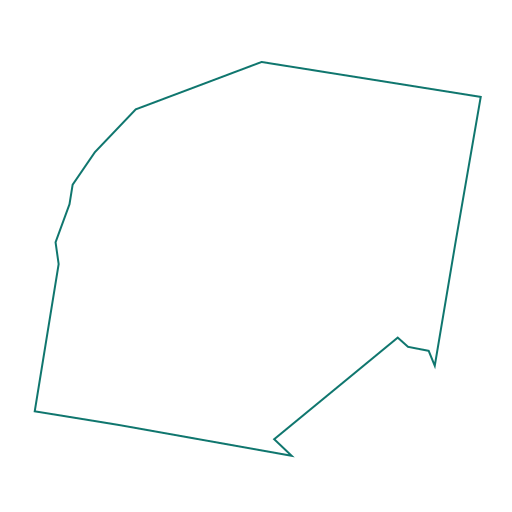 outline of Madison, Tennessee, United States of America, rotated 188°
{"feature_id": "52423323B23237187605689", "entity_name": "Madison", "entity_type": "district", "adm_level": 2, "iso_a3": "USA", "parent_name": "United States of America", "parent_adm1": "Tennessee", "projection": "natural_earth1", "projection_center": [-88.842, 35.612], "detail": "fine", "context": "isolated", "style": "outline", "palette": "teal", "viewbox_px": 512, "rotation_deg": 188, "n_neighbors": 0, "source": "geoboundaries", "source_scale": "gbopen_adm2", "svg_char_len": 396}
<svg xmlns="http://www.w3.org/2000/svg" viewBox="0 0 512 512"><g transform="rotate(188 256 256)"><path d="M63.7,172.2L60.3,297.9L55.6,444.8L212.3,447.7L255.8,448.5L277.5,448.9L395.5,384.5L430.0,336.4L447.5,301.1L447.9,281.3L456.4,241.7L450.3,220.5L453.5,71.4L369.3,69.6L192.9,63.1L212.5,77.1L104.3,194.9L92.8,187.2L71.8,186.1L63.7,172.2Z" fill="none" stroke="#0f766e" stroke-width="2"/></g></svg>